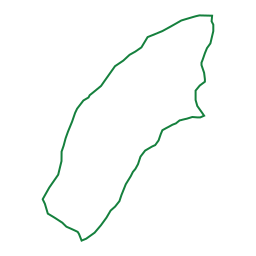 Mopa-Muro, Kogi, Nigeria
{"feature_id": "59680162B35933805912396", "entity_name": "Mopa-Muro", "entity_type": "district", "adm_level": 2, "iso_a3": "NGA", "parent_name": "Nigeria", "parent_adm1": "Kogi", "projection": "albers", "projection_center": [5.939, 8.139], "detail": "fine", "context": "isolated", "style": "outline", "palette": "green", "viewbox_px": 256, "rotation_deg": 0, "n_neighbors": 0, "source": "geoboundaries", "source_scale": "gbopen_adm2", "svg_char_len": 1395}
<svg xmlns="http://www.w3.org/2000/svg" viewBox="0 0 256 256"><path d="M81.6,240.6L86.2,238.7L90.4,235.7L94.6,232.7L97.5,229.3L99.7,226.7L100.9,225.3L101.7,224.2L106.5,217.6L110.6,210.6L111.6,209.7L115.1,206.6L118.1,202.8L119.4,201.2L121.5,194.9L122.2,193.2L125.8,184.2L130.8,176.1L132.9,171.9L135.4,168.9L138.0,164.2L140.5,156.6L145.1,150.6L150.9,147.2L152.3,146.4L155.2,145.1L158.6,140.4L159.9,136.6L160.8,134.0L162.4,130.2L166.2,128.1L168.7,126.8L172.5,124.7L175.9,123.4L179.6,120.4L181.1,120.1L182.5,119.7L185.0,119.1L186.8,118.7L192.3,117.0L197.3,117.4L200.3,117.4L204.1,115.7L202.4,113.2L197.3,106.0L195.6,100.0L195.6,96.1L195.6,90.6L199.8,85.5L204.9,81.7L204.9,79.2L204.1,72.8L201.5,65.1L201.5,62.6L202.4,60.4L203.6,57.0L204.9,53.2L207.0,48.1L210.4,43.4L211.2,40.0L213.3,31.1L213.3,28.5L213.3,24.7L211.6,21.3L212.1,15.7L199.4,15.4L195.9,16.2L192.7,17.1L184.9,19.4L181.3,20.5L171.6,26.0L162.5,31.0L155.3,34.0L147.6,37.1L141.4,47.4L135.3,51.6L129.6,54.8L123.3,60.6L115.0,66.2L109.2,74.4L104.3,81.3L101.1,85.9L93.2,92.4L89.7,95.2L88.5,97.5L85.9,99.0L83.4,100.5L77.1,108.7L75.1,112.9L72.1,121.6L68.0,131.6L65.6,138.3L63.6,145.8L61.6,151.6L61.5,161.1L60.3,166.0L58.2,174.7L49.3,187.5L42.7,199.2L42.8,199.5L44.9,203.8L47.8,213.6L53.3,216.9L55.4,218.2L62.6,222.9L62.8,223.2L66.4,226.7L71.4,228.9L75.7,230.9L77.7,231.9L79.0,234.0L81.6,240.6Z" fill="none" stroke="#15803d" stroke-width="2"/></svg>